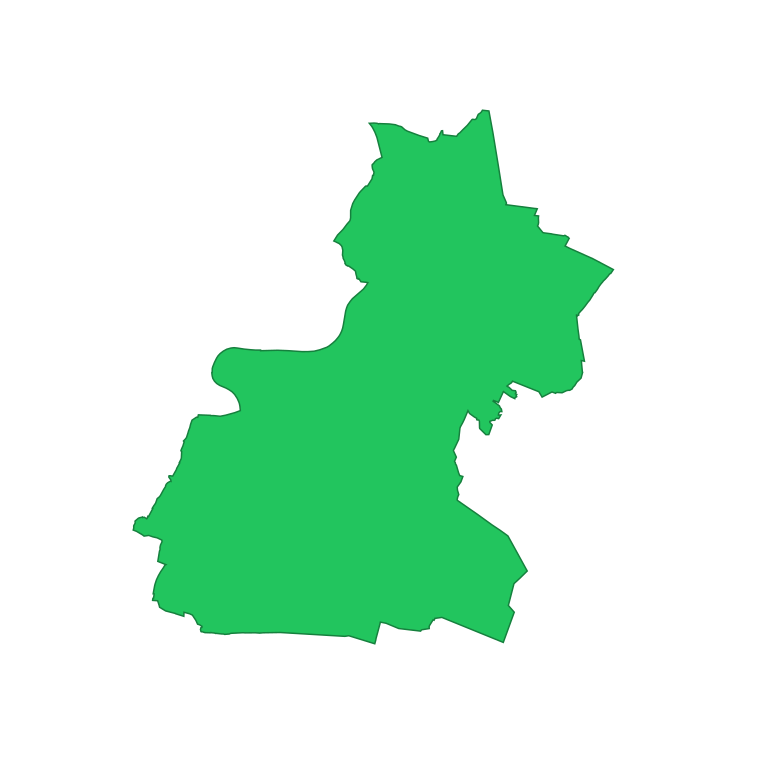 Olst-Wijhe, Overijssel, Netherlands, rotated 18°
{"feature_id": "6326949B2249346791276", "entity_name": "Olst-Wijhe", "entity_type": "district", "adm_level": 2, "iso_a3": "NLD", "parent_name": "Netherlands", "parent_adm1": "Overijssel", "projection": "albers", "projection_center": [6.151, 52.376], "detail": "fine", "context": "isolated", "style": "filled", "palette": "green", "viewbox_px": 768, "rotation_deg": 18, "n_neighbors": 0, "source": "geoboundaries", "source_scale": "gbopen_adm2", "svg_char_len": 6140}
<svg xmlns="http://www.w3.org/2000/svg" viewBox="0 0 768 768"><g transform="rotate(18 384 384)"><path d="M577.3,592.9L578.4,560.8L570.7,556.2L569.3,533.7L573.2,526.8L578.0,517.6L548.8,490.2L539.8,487.3L530.2,484.6L514.1,479.4L489.4,471.9L489.1,471.9L489.3,471.8L489.3,471.5L489.0,468.5L489.3,466.1L486.7,462.3L485.5,459.4L487.4,453.3L487.6,447.6L484.3,447.7L482.3,445.3L477.9,438.8L476.8,438.1L476.3,437.0L475.0,435.8L475.4,431.2L471.0,426.4L470.6,425.8L470.6,425.1L470.9,423.7L472.2,413.5L469.9,402.7L469.9,401.2L470.8,396.5L471.3,392.9L472.1,383.4L474.5,385.6L479.9,387.4L482.8,388.0L483.2,389.3L483.6,389.4L485.3,389.0L485.8,389.3L486.3,390.1L488.4,396.1L488.8,396.8L496.6,400.7L499.3,399.7L499.6,389.5L496.5,387.8L496.1,386.9L498.7,384.8L499.9,384.6L500.7,384.0L500.7,382.6L501.9,381.6L503.6,381.6L503.8,381.4L504.7,377.3L502.9,378.1L502.4,378.2L502.1,376.3L502.7,374.6L503.3,374.2L504.6,373.8L503.4,371.6L501.8,370.6L500.6,369.2L495.5,367.4L493.1,366.7L493.2,365.8L497.3,366.0L498.5,366.3L499.9,354.3L508.2,356.9L512.9,357.5L512.8,356.9L513.0,356.4L514.1,355.1L513.3,354.6L513.5,352.9L512.0,352.7L512.2,351.1L511.1,349.8L507.9,350.4L503.6,348.4L502.1,348.3L501.6,348.0L503.3,345.3L504.5,344.0L505.1,342.8L505.3,341.6L533.7,343.5L538.4,347.6L546.2,339.7L550.1,339.8L550.4,339.1L551.1,338.6L556.1,337.3L559.7,333.9L561.3,333.0L562.6,332.6L564.5,330.5L564.7,328.9L565.9,326.5L566.8,322.7L569.6,317.5L569.3,311.6L569.1,311.6L564.4,300.7L567.6,300.4L557.2,281.3L555.9,281.1L555.8,280.7L555.6,280.6L554.6,278.2L551.5,271.8L545.5,258.4L546.9,259.5L547.2,258.9L547.9,258.3L547.3,256.9L548.7,253.7L549.6,251.9L551.3,247.4L552.6,243.4L553.7,240.8L555.4,234.1L555.4,233.3L556.0,232.1L556.4,232.0L557.7,228.1L558.4,224.8L559.4,221.8L560.6,218.9L560.6,218.6L562.1,215.8L563.9,211.7L564.5,209.7L565.5,208.8L566.8,204.3L543.8,200.3L518.7,197.6L513.6,196.8L515.1,188.2L513.9,187.7L513.5,187.3L512.5,187.3L510.6,186.7L509.9,186.8L509.6,187.2L508.9,187.6L498.7,189.3L496.5,189.5L489.6,190.8L488.3,190.9L481.2,186.3L481.4,184.9L481.2,182.9L479.5,178.3L479.1,176.4L475.0,177.2L475.6,170.0L444.5,175.8L444.6,174.3L444.4,173.8L438.8,167.5L438.3,166.6L425.2,140.9L409.9,111.3L399.4,91.9L393.0,93.2L392.6,95.0L392.0,96.3L390.4,98.3L390.2,99.2L389.9,102.9L389.3,103.9L388.8,104.4L386.4,104.9L386.0,105.3L383.3,112.3L380.4,117.8L378.5,121.7L377.4,123.1L376.5,126.0L363.1,128.7L361.4,125.0L360.4,125.5L360.1,128.2L359.8,128.8L360.0,129.8L359.6,131.9L358.8,134.8L359.0,135.4L358.2,136.5L357.7,137.0L355.5,138.3L352.4,139.8L351.2,139.3L349.6,136.7L340.7,136.8L328.2,136.3L325.5,135.8L321.4,134.0L320.3,133.9L318.2,134.1L314.7,133.9L308.8,135.0L299.4,137.7L298.7,138.0L298.5,138.3L296.9,138.2L293.9,138.9L289.5,140.6L292.8,142.8L294.6,144.4L297.6,147.4L299.8,150.1L301.1,151.7L312.1,169.1L308.0,173.0L306.6,175.4L305.8,177.8L305.2,178.5L305.0,179.3L305.6,180.9L306.6,182.9L308.8,185.3L309.1,185.9L309.5,188.8L308.9,188.9L308.7,189.1L309.2,192.6L307.1,200.9L305.9,201.2L305.3,201.6L302.2,208.0L301.4,210.0L299.2,218.1L298.5,222.1L298.6,229.1L300.9,236.3L301.2,239.1L299.4,243.4L297.2,249.8L293.8,256.7L292.1,263.5L298.1,264.3L300.5,265.5L301.7,266.5L303.5,269.6L304.5,273.5L304.5,273.8L304.7,274.3L305.7,275.7L306.3,277.0L306.6,277.4L308.1,278.8L309.9,281.2L309.7,281.5L311.1,282.6L313.0,283.0L313.2,282.7L314.5,282.9L318.6,284.1L321.6,285.3L322.1,285.7L323.5,288.3L325.1,290.7L325.5,291.8L325.9,292.1L327.3,292.2L327.5,292.0L327.5,291.7L328.1,292.0L330.5,293.9L335.5,292.8L337.3,292.6L336.8,295.3L335.1,300.1L327.6,312.6L326.3,316.0L325.1,320.1L324.9,322.8L325.0,326.4L327.0,339.9L327.4,343.4L327.4,346.8L326.9,350.5L326.5,352.2L325.9,354.0L324.4,357.7L322.5,361.0L319.9,364.9L318.3,366.7L312.4,371.3L307.4,374.4L301.9,376.6L296.2,378.5L282.3,382.0L272.4,384.8L256.3,390.5L256.1,389.9L251.5,391.4L247.1,392.5L240.3,394.0L233.5,395.1L230.2,395.8L227.3,397.1L223.7,399.5L221.0,402.4L218.8,405.6L217.5,408.4L216.8,411.1L216.1,415.8L215.8,420.7L215.9,422.4L217.0,426.0L216.7,426.2L217.1,427.3L218.1,429.4L219.5,431.6L221.9,433.7L224.7,435.2L228.1,436.1L235.1,436.7L238.7,437.4L242.0,438.4L245.2,440.1L248.8,443.0L251.6,446.1L252.5,447.3L253.8,449.6L255.6,453.7L250.9,457.4L243.2,462.5L238.2,465.3L232.2,466.6L228.9,467.6L228.7,467.4L217.0,470.7L217.2,473.3L215.9,473.5L212.6,477.7L212.5,482.1L212.8,485.5L212.6,489.0L212.7,490.8L212.7,496.0L212.1,497.7L210.9,500.2L211.9,500.8L211.8,502.0L211.9,504.7L211.5,508.9L211.5,510.3L212.4,510.6L214.1,516.8L214.2,518.2L213.6,522.2L214.1,522.3L212.9,528.3L213.0,529.4L211.5,536.9L208.7,537.4L207.9,537.8L207.9,538.0L208.1,538.9L208.3,539.2L210.9,541.1L211.5,542.4L211.0,542.4L209.8,543.6L208.7,544.9L207.9,546.6L207.7,548.0L207.9,549.2L207.1,552.1L205.8,559.1L205.3,560.6L203.7,563.1L203.6,567.9L202.7,570.9L202.0,573.8L202.6,573.9L201.0,582.8L200.3,582.7L200.2,585.2L200.0,585.5L197.1,584.8L195.8,585.6L195.4,585.1L195.2,585.3L192.8,586.8L191.9,587.5L189.6,591.3L190.3,593.1L190.3,593.5L189.8,595.8L189.9,596.6L190.5,598.3L190.6,600.4L194.1,600.6L200.9,602.1L202.8,602.8L207.1,600.7L211.4,600.8L215.8,600.4L220.9,601.1L221.0,601.3L221.5,602.3L221.6,603.0L221.2,606.0L221.4,608.5L222.2,610.7L222.1,612.3L223.7,622.6L232.4,623.2L231.6,624.1L230.9,627.1L229.6,631.5L228.7,635.8L228.1,640.5L228.1,645.0L228.2,646.7L229.3,654.9L230.3,654.7L231.0,658.9L230.5,659.1L230.5,660.0L230.8,661.3L235.7,660.1L238.4,663.8L239.6,665.7L246.4,667.3L256.7,666.7L256.8,666.9L265.4,666.8L264.3,662.9L270.2,662.6L273.2,663.0L278.2,667.0L280.9,670.0L283.1,670.0L285.8,670.7L285.8,671.3L286.0,671.8L285.2,672.2L285.3,674.2L286.3,675.7L286.4,676.0L286.8,676.1L287.8,675.8L290.5,675.8L296.0,674.2L296.2,673.8L296.7,673.9L299.9,673.2L300.9,673.3L301.5,673.0L307.3,671.8L308.8,671.3L309.1,671.4L309.8,671.4L312.6,670.2L314.1,669.6L314.9,668.8L315.8,668.3L326.8,664.1L328.9,663.6L338.4,660.4L342.8,659.3L345.8,658.0L362.1,652.4L424.7,636.1L428.3,634.3L455.5,633.9L455.3,629.9L455.1,628.9L454.3,613.8L454.1,611.6L459.9,610.9L473.6,612.0L495.2,607.7L495.5,606.5L496.0,606.0L502.6,602.6L502.0,601.1L501.9,600.5L502.0,599.4L503.6,593.0L504.6,593.2L504.9,591.5L504.8,591.2L511.2,588.1L577.3,592.9Z" fill="#22c55e" stroke="#15803d" stroke-width="1.5"/></g></svg>